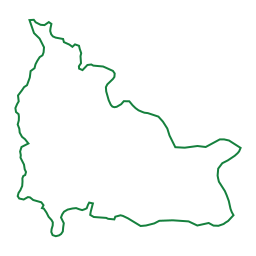 outline of General Câmara, Rio Grande do Sul, Brazil
{"feature_id": "56859067B97267452374652", "entity_name": "General Câmara", "entity_type": "district", "adm_level": 2, "iso_a3": "BRA", "parent_name": "Brazil", "parent_adm1": "Rio Grande do Sul", "projection": "natural_earth1", "projection_center": [-51.935, -29.838], "detail": "fine", "context": "isolated", "style": "outline", "palette": "green", "viewbox_px": 256, "rotation_deg": 0, "n_neighbors": 0, "source": "geoboundaries", "source_scale": "gbopen_adm2", "svg_char_len": 2161}
<svg xmlns="http://www.w3.org/2000/svg" viewBox="0 0 256 256"><path d="M197.3,225.5L208.7,223.0L213.5,225.6L216.5,225.7L218.4,225.8L223.6,224.0L225.5,222.6L228.1,221.0L233.5,215.2L231.8,212.2L230.5,208.8L228.8,201.0L226.7,195.3L224.9,191.1L218.9,181.7L218.1,178.3L217.6,175.6L218.2,168.6L222.3,163.2L227.8,160.4L234.7,155.8L237.6,153.2L239.1,151.4L240.6,147.9L229.0,140.5L224.1,139.4L219.8,139.4L205.7,147.0L199.9,146.3L197.5,146.0L184.7,147.7L175.3,147.2L169.5,135.5L167.3,128.5L162.9,121.6L158.4,116.6L147.8,113.1L144.4,112.7L142.5,112.0L138.5,110.3L135.5,108.1L132.6,105.3L129.3,101.3L123.8,101.2L121.2,104.2L116.7,106.8L114.4,107.2L112.4,106.6L110.8,104.8L108.7,100.2L106.2,91.4L105.9,87.2L107.3,84.4L113.0,78.9L114.4,76.9L114.7,73.5L112.9,70.9L106.5,68.0L103.1,66.5L93.3,65.6L91.3,64.5L87.4,65.0L82.5,70.1L79.1,68.6L78.9,66.3L81.0,63.2L80.5,56.2L81.2,53.2L79.7,48.8L79.0,45.8L75.0,44.4L72.4,46.8L69.4,44.6L63.9,42.1L63.1,39.0L55.6,37.6L52.9,36.4L51.2,34.3L50.2,31.0L50.5,28.2L51.4,23.9L48.8,22.1L44.5,25.1L40.6,24.8L35.7,22.3L33.8,19.8L29.5,20.1L34.0,33.1L39.6,38.6L44.0,47.3L43.6,52.3L42.5,55.3L39.7,57.1L37.2,61.0L35.5,64.3L34.5,68.2L30.6,71.1L29.8,77.5L27.0,85.2L24.1,87.1L21.8,90.5L18.0,95.5L18.7,101.4L17.1,104.1L15.4,108.1L16.0,112.0L18.6,114.2L18.9,116.7L18.8,120.4L17.7,124.5L19.3,128.7L19.7,132.6L22.0,136.8L25.0,139.2L28.4,143.5L21.5,147.0L20.1,151.5L20.8,155.1L20.5,157.7L24.0,164.6L24.7,169.3L26.0,172.0L25.2,175.0L23.3,176.0L22.4,178.3L22.5,181.6L22.2,186.0L20.3,190.3L18.6,192.8L17.7,196.1L19.2,198.5L23.7,199.5L27.9,197.1L30.0,197.4L33.2,200.0L41.3,202.3L43.5,205.2L42.0,208.1L43.8,208.6L46.5,212.6L48.6,216.8L51.5,220.0L52.8,222.3L52.7,225.5L51.6,229.1L51.3,232.0L52.6,235.1L55.8,236.2L59.0,235.4L61.1,234.0L62.8,231.5L63.2,227.2L63.8,223.2L61.0,217.5L62.2,214.4L64.0,211.7L67.6,209.6L72.4,208.5L76.1,208.1L79.4,209.3L82.2,210.1L84.8,209.2L86.7,208.3L88.0,204.8L89.2,202.6L92.9,203.4L90.7,211.8L90.2,214.9L93.8,217.0L106.2,217.9L108.1,218.8L114.3,219.4L115.3,216.7L120.5,215.3L122.9,215.9L127.9,218.3L140.6,226.0L146.0,225.5L154.3,223.4L159.3,220.8L172.7,220.3L188.6,221.4L197.3,225.5Z" fill="none" stroke="#15803d" stroke-width="2"/></svg>